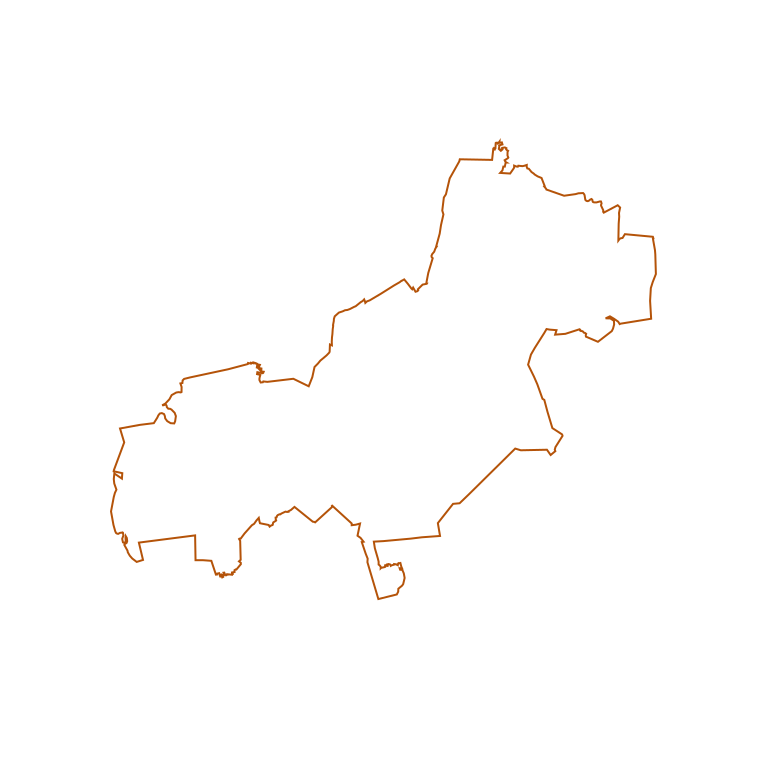 Berriozábal, Chiapas, Mexico, rotated 256°
{"feature_id": "50627088B17025191151258", "entity_name": "Berriozábal", "entity_type": "district", "adm_level": 2, "iso_a3": "MEX", "parent_name": "Mexico", "parent_adm1": "Chiapas", "projection": "albers", "projection_center": [-93.318, 16.872], "detail": "fine", "context": "isolated", "style": "outline", "palette": "amber", "viewbox_px": 768, "rotation_deg": 256, "n_neighbors": 0, "source": "geoboundaries", "source_scale": "gbopen_adm2", "svg_char_len": 6106}
<svg xmlns="http://www.w3.org/2000/svg" viewBox="0 0 768 768"><g transform="rotate(256 384 384)"><path d="M583.7,511.9L581.8,510.9L567.6,497.5L553.1,490.0L550.5,487.2L538.2,482.5L534.2,482.7L524.5,477.8L516.4,474.4L504.8,467.9L504.6,468.3L503.0,466.6L500.2,464.7L498.4,462.2L496.8,461.0L495.4,461.0L494.3,461.7L481.0,453.8L471.3,449.3L471.1,449.9L470.9,449.7L471.1,445.5L467.7,439.8L466.7,439.9L466.0,438.9L465.9,436.9L470.5,435.6L469.1,434.3L470.2,433.6L475.4,431.4L480.6,428.9L479.8,426.1L479.9,425.9L479.0,423.9L477.2,417.6L472.4,403.0L468.6,390.3L468.3,387.5L467.2,385.5L469.1,385.5L470.9,385.2L469.7,383.4L469.0,381.1L466.3,375.3L466.1,373.8L465.0,369.1L464.7,366.4L465.0,364.0L464.5,361.5L464.2,357.5L463.4,356.0L461.6,352.6L459.4,351.2L457.2,350.5L453.3,348.7L452.8,348.8L449.6,347.5L444.9,346.0L441.8,344.8L437.5,343.5L434.1,342.8L435.4,341.1L428.6,339.1L427.8,338.6L425.6,335.1L422.1,327.9L419.8,324.8L417.3,320.7L408.0,316.1L400.0,310.4L411.0,297.3L414.3,271.3L415.7,267.5L415.0,266.9L415.3,264.7L417.8,264.1L419.0,264.3L420.6,265.0L422.7,266.2L424.3,263.2L426.1,264.0L423.8,268.9L424.0,269.5L425.0,270.2L425.8,268.1L428.0,266.8L427.4,268.4L428.7,268.8L430.8,264.6L432.2,265.2L431.2,267.1L432.6,268.2L433.8,265.7L434.3,265.8L434.9,264.5L435.3,264.6L436.5,262.5L435.7,262.3L436.8,260.0L436.0,259.7L437.3,257.2L436.3,256.7L436.0,236.4L437.3,197.3L437.3,191.3L436.2,189.5L433.7,188.6L433.8,186.6L430.1,186.9L425.2,185.6L425.0,184.8L425.8,182.7L426.0,180.4L424.6,175.3L421.1,172.1L417.9,167.1L417.0,163.6L416.7,165.1L417.0,166.4L416.7,167.4L415.6,167.8L414.1,167.7L412.2,168.7L411.7,170.4L410.6,171.6L406.7,173.9L403.2,174.3L398.3,172.3L396.5,170.9L397.6,167.5L400.4,164.7L403.5,163.4L405.9,163.6L408.0,163.3L409.5,161.4L409.6,159.3L408.1,157.4L406.2,155.9L401.7,151.2L403.4,137.3L404.7,117.1L390.2,117.8L365.8,101.1L364.7,100.6L360.8,108.5L355.6,106.8L362.4,100.7L357.1,98.8L352.7,98.2L346.2,98.8L343.5,96.6L339.8,94.5L326.4,88.3L312.7,87.4L306.0,87.6L304.2,88.0L303.4,88.8L302.9,89.8L303.4,91.7L303.3,93.3L303.0,93.9L303.2,94.4L302.9,94.7L300.1,94.5L297.1,92.5L293.5,92.4L293.0,93.1L292.9,94.3L293.6,95.3L297.7,96.1L298.9,96.6L296.8,97.2L293.6,96.8L292.1,95.8L291.8,95.0L292.1,95.2L291.7,94.7L291.5,93.7L290.7,93.1L284.3,94.8L282.7,94.7L278.9,95.8L275.6,97.5L271.2,101.0L271.6,107.6L289.4,107.8L282.8,164.1L258.6,158.5L256.8,165.8L254.2,173.7L239.7,174.8L239.6,175.7L240.4,175.6L240.3,178.3L236.8,178.5L236.6,179.4L238.5,179.2L238.5,180.1L235.5,180.3L235.7,181.2L237.8,181.0L237.4,181.8L237.6,181.8L237.4,182.7L239.7,182.6L239.6,183.4L237.3,183.6L237.2,184.5L236.6,184.6L236.8,185.4L237.1,185.5L236.9,186.3L237.2,186.3L235.7,190.4L236.2,190.6L236.2,191.3L237.3,191.5L237.4,190.8L237.9,190.9L237.7,193.5L239.5,193.9L240.0,195.4L239.7,195.9L243.8,201.5L245.2,201.8L247.0,200.4L248.1,202.4L266.6,206.5L268.7,205.9L268.9,206.3L268.7,207.6L272.7,212.5L278.9,221.6L279.8,224.2L282.5,227.3L284.4,230.1L280.7,229.9L278.9,230.0L275.1,238.0L273.3,238.5L274.1,240.5L274.1,241.6L274.3,242.0L275.8,242.6L276.5,243.1L277.5,246.1L277.8,246.4L278.8,246.2L280.6,246.5L280.6,247.5L282.0,248.4L282.5,249.2L282.7,250.4L282.9,250.9L282.6,252.0L283.1,252.9L284.0,257.5L283.3,259.0L283.2,259.8L283.4,259.7L284.3,263.3L286.4,267.4L267.6,281.6L267.1,282.9L266.4,283.7L277.2,303.8L278.6,304.0L279.2,303.8L256.5,318.9L254.8,318.5L254.3,322.6L254.4,327.0L243.2,321.6L240.4,324.0L235.9,326.0L236.0,324.2L223.7,325.2L218.5,325.9L215.1,324.8L176.7,326.5L176.7,345.5L179.0,347.5L181.9,348.4L184.0,352.8L185.2,354.2L190.8,357.1L195.5,357.4L199.2,356.8L199.9,354.7L201.5,354.6L200.8,356.9L202.7,356.6L206.3,356.6L206.2,355.8L206.7,355.2L206.5,354.4L205.8,354.0L205.8,353.7L204.9,353.5L206.2,351.9L206.9,350.2L206.5,350.0L206.3,350.2L206.2,347.4L205.9,346.6L207.3,346.4L208.1,345.1L208.2,344.7L207.4,343.9L206.6,343.5L207.0,342.4L208.0,342.6L207.6,341.5L207.7,341.2L206.3,340.9L206.2,340.2L206.3,336.7L206.0,336.2L207.4,336.6L209.1,335.9L210.1,335.1L212.9,335.8L216.6,335.8L226.9,335.4L233.5,336.0L231.7,345.4L227.5,372.5L226.1,383.7L223.0,401.6L236.0,402.6L251.0,422.0L250.0,428.5L256.2,439.3L289.6,495.7L286.6,500.7L280.8,526.2L274.8,528.5L277.4,534.0L278.9,533.8L281.3,535.1L290.5,544.7L292.0,544.6L300.5,536.7L317.4,535.9L329.8,535.7L331.3,534.2L346.6,532.7L354.9,531.3L367.9,528.5L377.0,533.7L382.6,539.1L394.8,551.9L398.0,555.0L396.7,557.9L394.5,564.4L390.5,562.0L388.8,572.1L389.8,587.0L389.1,587.5L388.5,587.2L388.0,587.5L387.2,589.4L386.8,589.7L385.5,590.3L384.9,591.4L383.8,592.3L382.7,591.6L381.1,591.4L373.2,601.8L380.2,617.8L382.3,619.6L386.1,621.7L389.7,622.4L392.9,619.4L394.1,614.9L395.0,619.6L391.5,623.1L387.8,626.3L385.1,627.2L385.3,628.2L385.1,630.5L382.7,659.0L400.3,662.3L412.5,666.1L417.9,669.4L424.9,674.4L444.1,678.6L448.3,679.3L459.9,680.1L460.0,680.6L461.8,680.5L471.1,654.0L468.0,650.8L468.1,648.8L467.8,647.7L466.5,646.1L482.8,650.5L489.4,652.7L493.1,653.4L498.1,655.8L500.9,654.0L497.1,638.7L498.1,638.3L499.4,638.8L504.5,637.8L505.2,637.9L506.6,638.8L508.6,638.7L508.9,637.8L508.8,634.0L509.2,632.4L509.7,631.2L510.2,630.7L511.1,630.6L512.3,630.7L513.3,630.1L513.1,628.8L512.3,627.2L512.1,626.0L512.7,624.7L514.0,623.9L518.7,624.3L520.0,624.0L521.1,623.4L522.0,618.8L521.9,615.8L523.1,604.3L533.4,588.6L534.3,588.5L537.0,587.2L537.2,587.8L545.8,586.7L548.3,583.3L551.0,580.7L551.7,580.4L554.0,578.4L557.8,576.6L558.5,575.2L560.4,575.0L562.0,575.5L561.8,572.7L561.9,571.0L563.3,567.1L562.5,566.4L563.0,565.1L564.4,563.1L562.7,562.7L561.9,562.1L557.7,557.3L560.7,547.8L562.6,550.6L566.1,552.4L565.7,553.8L569.4,555.6L569.2,556.5L569.9,555.8L570.7,555.4L571.6,555.7L572.0,555.4L573.1,558.7L573.6,559.4L575.9,559.1L579.5,560.1L580.2,560.8L581.4,559.7L582.2,559.3L582.5,559.3L583.2,559.8L584.3,558.5L584.5,555.9L583.6,555.9L583.5,554.9L583.0,555.0L583.1,555.3L582.8,555.4L582.0,553.8L584.3,552.3L586.7,553.4L587.7,553.4L587.8,556.9L589.9,556.8L590.1,554.3L591.3,554.7L590.6,553.9L590.2,552.9L590.5,553.0L591.0,551.2L590.8,550.7L586.0,549.2L586.1,548.9L585.0,548.4L585.4,547.9L586.0,548.0L586.2,547.8L585.0,547.2L585.4,546.8L575.3,543.1L583.7,511.9Z" fill="none" stroke="#b45309" stroke-width="2"/></g></svg>